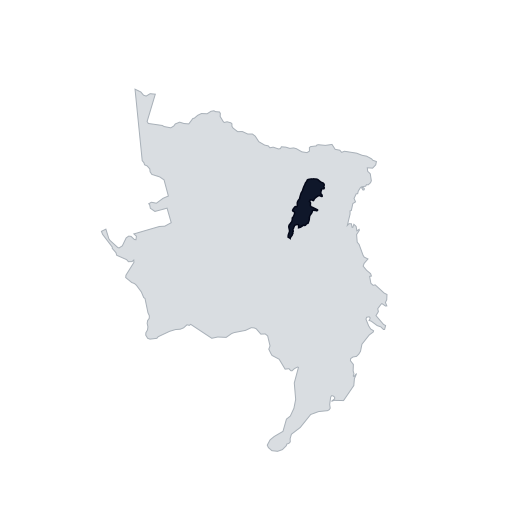 Huila on a map of Colombia (Albers equal-area conic projection), rotated 164°
{"feature_id": "COL-1405", "entity_name": "Huila", "entity_type": "Department", "adm_level": 1, "iso_a3": "COL", "parent_name": "Colombia", "parent_adm1": "", "projection": "albers", "projection_center": [-75.51, 2.666], "detail": "fine", "context": "in_parent", "style": "filled", "palette": "ink", "viewbox_px": 512, "rotation_deg": 164, "n_neighbors": 0, "source": "natural_earth", "source_scale": "10m", "svg_char_len": 6647}
<svg xmlns="http://www.w3.org/2000/svg" viewBox="0 0 512 512"><g transform="rotate(164 256 256)"><path d="M293.1,75.4L288.2,77.5L278.4,80.0L271.7,90.8L267.1,92.7L261.5,99.2L257.4,107.2L254.2,123.4L245.9,137.2L246.6,137.8L250.0,137.2L253.1,135.7L254.2,136.2L255.4,138.6L259.2,139.2L262.2,150.4L268.0,156.0L268.6,158.3L269.4,162.9L267.3,165.7L266.8,176.0L268.6,178.5L272.9,179.6L275.8,185.9L277.6,187.4L280.3,188.4L286.6,187.4L298.0,188.4L300.7,188.2L307.1,186.0L315.2,188.7L321.2,189.1L337.6,208.3L339.2,207.7L341.3,208.9L345.4,206.9L349.0,206.5L353.7,207.5L359.8,207.4L372.2,205.4L374.0,204.2L380.8,205.3L382.8,206.7L383.8,210.3L383.0,212.6L380.7,214.8L379.4,217.7L379.2,221.2L378.0,223.8L375.8,225.5L375.0,228.0L375.5,231.2L374.4,245.8L375.4,247.0L376.1,253.0L379.0,260.8L380.4,263.0L382.8,264.8L387.2,271.2L386.3,273.4L375.1,283.5L374.6,285.8L376.7,284.8L380.2,285.7L381.4,288.2L389.7,295.1L389.7,297.8L392.1,303.0L391.7,304.2L397.5,319.1L397.8,322.3L392.9,323.2L392.7,313.1L392.0,311.1L386.5,302.2L385.4,301.5L381.7,302.6L375.8,309.2L372.9,310.2L370.7,309.3L368.4,305.4L366.9,304.7L365.5,308.0L367.3,310.9L340.7,311.0L335.5,309.8L328.3,311.4L328.3,326.5L340.9,326.7L344.4,331.0L344.1,334.5L344.7,335.8L341.7,336.5L337.2,334.2L329.4,337.1L323.7,337.8L323.4,354.5L326.8,358.6L333.6,363.1L334.6,366.1L334.1,369.0L335.8,372.6L338.0,374.4L338.0,376.6L339.1,379.0L326.3,449.7L321.5,445.4L319.8,441.6L317.5,440.0L313.0,441.2L308.2,439.3L323.6,415.3L323.0,413.1L310.1,407.3L308.7,405.8L302.6,402.7L299.2,403.6L297.2,405.2L292.5,405.7L288.7,403.2L284.2,401.5L278.8,405.6L277.2,405.5L273.3,407.3L269.2,408.0L263.8,406.2L259.4,407.5L256.4,407.2L255.3,406.0L251.4,404.5L251.0,402.9L252.0,400.0L250.4,394.1L249.7,393.1L246.8,393.0L243.4,390.9L242.7,389.7L243.4,387.3L242.8,385.3L239.4,380.6L234.8,379.4L230.3,375.5L225.8,374.2L223.7,371.4L221.8,365.1L217.1,360.2L213.9,358.5L212.8,356.2L209.5,355.9L204.9,352.7L202.9,352.5L201.5,354.0L197.3,352.4L193.8,350.1L190.0,349.5L187.6,348.0L183.2,343.5L178.5,341.3L175.7,342.1L174.8,345.5L173.3,346.1L167.8,345.2L166.9,345.9L165.4,345.8L158.8,343.2L152.2,342.3L150.5,336.7L146.3,334.6L145.1,332.0L142.1,332.3L130.9,327.1L126.2,323.5L122.2,321.5L118.1,317.5L117.4,315.9L114.2,313.6L115.8,310.6L119.7,308.3L124.7,310.1L125.3,306.6L123.5,303.5L124.4,296.5L125.7,294.9L128.5,293.5L130.2,294.1L131.3,292.9L135.4,293.4L136.7,293.0L139.8,290.2L141.1,287.9L142.6,288.1L145.9,284.3L145.4,280.6L148.5,279.7L151.8,273.5L153.2,273.4L154.0,270.4L159.8,260.2L157.7,261.4L155.4,260.7L155.8,257.2L155.1,256.8L153.2,259.5L151.6,256.8L152.1,252.4L149.5,253.2L149.6,252.2L153.4,248.9L154.9,241.4L153.7,238.6L152.9,227.3L152.3,225.1L149.2,222.3L154.1,219.1L155.8,216.7L153.6,211.7L150.7,207.4L150.6,204.9L152.4,205.1L153.1,198.1L151.5,195.5L149.4,195.4L143.0,185.0L140.7,182.9L142.4,177.9L144.4,175.7L144.0,172.0L145.3,172.2L148.1,175.6L149.2,175.1L153.5,171.8L153.7,168.8L157.1,165.6L152.3,155.1L150.6,153.4L152.6,150.0L153.7,150.2L155.6,153.5L158.7,155.7L163.2,161.6L165.1,162.9L163.7,164.2L163.4,165.6L164.1,166.4L166.6,166.6L167.7,165.0L167.0,157.8L165.9,154.2L163.6,151.7L164.3,150.6L168.9,148.9L178.5,142.0L181.8,135.6L184.3,133.3L187.1,131.8L190.6,132.2L193.3,131.3L194.1,129.3L192.3,124.9L194.3,118.8L194.3,115.7L195.6,113.9L195.1,113.1L191.7,115.3L195.2,111.0L197.7,104.5L211.7,92.9L220.7,95.7L223.6,95.5L219.8,97.0L219.3,98.6L220.6,100.4L221.9,100.9L223.1,99.8L226.1,93.0L226.6,89.3L227.9,88.1L229.8,87.6L238.7,89.2L247.1,88.6L260.7,79.0L271.1,74.9L273.6,70.9L274.3,67.9L276.1,66.8L278.1,66.8L279.3,65.2L284.0,62.6L289.1,62.3L294.4,64.5L296.9,68.4L297.3,71.1L293.1,75.4ZM135.6,292.2L134.9,292.7L133.7,291.8L133.3,290.6L134.1,289.7L135.0,290.0L135.6,292.2Z" fill="#d9dde1" stroke="#a8b0b8" stroke-width="1"/><path d="M210.5,282.7L210.1,282.8L209.9,282.9L209.6,283.2L208.7,284.1L207.7,285.4L207.2,286.2L206.9,287.0L206.8,287.4L207.0,288.0L207.5,288.3L208.1,288.9L208.3,289.6L208.1,290.0L207.3,290.9L205.3,292.4L204.5,292.7L204.2,292.6L203.6,292.2L203.3,292.1L203.0,292.2L202.8,292.5L202.4,293.0L201.7,295.7L201.3,296.4L201.0,296.8L200.1,297.8L199.9,297.9L198.8,298.7L198.3,299.1L197.8,300.1L197.1,301.3L195.3,304.1L193.5,305.7L192.0,308.0L190.8,309.6L189.3,311.2L188.9,311.8L188.5,312.4L188.2,312.7L187.0,313.5L186.5,314.0L186.2,314.4L185.8,314.9L185.3,315.1L184.7,315.2L184.1,315.1L182.9,315.0L181.4,314.8L180.6,314.4L179.7,314.4L178.8,314.1L178.5,313.8L177.9,313.7L176.7,313.3L175.9,312.8L175.3,312.2L174.3,310.6L173.1,309.0L171.4,307.7L170.9,306.8L170.8,305.9L170.8,305.5L171.0,305.1L171.7,304.6L171.7,304.3L171.6,303.6L171.6,302.6L172.0,302.1L172.3,301.9L172.7,302.0L173.0,302.1L173.3,302.2L173.8,302.2L174.2,302.3L174.6,302.2L174.9,302.1L175.1,301.9L175.1,301.7L175.0,301.2L175.3,300.7L175.6,300.5L175.9,299.9L176.2,299.1L176.3,298.8L176.5,298.6L176.5,298.2L175.7,296.3L176.0,295.1L176.7,295.2L177.1,295.6L178.4,296.6L178.8,296.7L179.4,296.7L181.2,296.2L182.0,295.9L183.7,295.1L184.2,294.7L184.8,294.2L185.3,293.5L185.6,293.4L186.5,294.0L187.2,294.7L187.7,294.9L188.5,294.9L188.8,294.4L189.0,294.1L189.6,293.8L189.0,292.5L189.0,291.8L189.4,290.9L189.9,289.3L189.6,288.7L189.4,288.1L189.1,287.7L188.6,287.4L188.3,287.3L188.0,287.0L187.3,286.3L186.7,285.8L184.3,283.6L184.1,283.2L184.8,282.7L185.1,282.7L185.4,282.8L185.6,283.0L185.9,283.2L186.4,283.4L188.2,284.1L188.9,284.1L189.2,284.1L189.4,283.8L189.9,282.8L190.8,281.8L193.1,280.0L193.5,279.5L193.7,278.7L194.3,278.1L194.4,277.2L194.9,276.1L195.5,275.1L196.2,274.2L196.7,273.5L197.0,273.1L197.3,273.1L197.5,273.1L197.8,273.2L198.0,273.2L198.5,272.9L199.1,272.7L199.3,272.6L199.4,272.4L199.6,272.2L199.9,272.0L200.5,271.9L200.8,271.9L201.0,272.1L201.5,272.4L201.8,272.6L202.1,272.8L202.4,272.6L202.6,272.4L202.9,272.0L203.2,272.0L203.4,272.0L203.5,272.2L203.5,272.3L204.0,272.5L204.0,272.1L204.2,271.8L204.5,271.7L204.8,271.5L205.0,271.4L207.3,271.4L207.2,271.7L207.0,272.2L207.0,272.5L206.9,272.6L206.8,272.9L206.7,273.1L206.7,273.5L206.6,273.8L206.5,274.0L206.5,274.3L206.6,274.5L207.8,274.9L208.9,275.0L210.3,274.8L211.5,273.5L212.4,272.2L212.9,271.7L213.3,271.3L213.5,271.0L213.4,270.7L213.3,270.4L213.3,270.1L213.4,269.5L213.5,269.3L213.7,269.1L214.0,269.0L214.2,268.7L214.3,268.5L214.3,268.3L214.3,268.1L214.2,267.8L214.3,267.6L214.5,267.3L214.6,267.2L214.9,267.1L215.1,266.9L215.3,266.4L215.5,266.1L215.8,265.8L216.7,265.2L218.2,263.9L218.3,263.5L219.1,264.5L219.9,265.1L219.8,265.8L219.3,267.1L218.8,267.9L217.1,270.2L216.8,271.1L216.7,272.0L216.6,273.9L216.5,274.7L216.3,275.5L215.6,276.6L215.1,277.0L214.0,277.7L213.4,278.3L212.8,278.7L212.2,279.0L212.0,279.4L211.2,280.8L210.6,282.6L210.5,282.7Z" fill="#0f172a" stroke="#020617" stroke-width="1.5"/></g></svg>